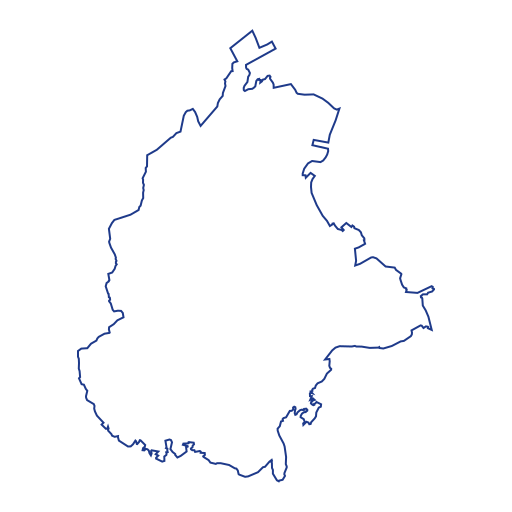 RUS, Salaj, Romania
{"feature_id": "2599482B70770862505186", "entity_name": "RUS", "entity_type": "district", "adm_level": 2, "iso_a3": "ROU", "parent_name": "Romania", "parent_adm1": "Salaj", "projection": "mercator", "projection_center": [23.568, 47.278], "detail": "fine", "context": "isolated", "style": "outline", "palette": "blue", "viewbox_px": 512, "rotation_deg": 0, "n_neighbors": 0, "source": "geoboundaries", "source_scale": "gbopen_adm2", "svg_char_len": 6039}
<svg xmlns="http://www.w3.org/2000/svg" viewBox="0 0 512 512"><path d="M278.8,481.3L279.2,480.6L282.6,479.8L285.0,475.9L284.3,474.2L284.5,472.9L286.7,467.5L286.7,466.4L285.8,464.1L286.1,457.0L284.6,446.5L283.6,443.5L279.3,435.5L277.7,430.7L277.6,428.7L279.8,426.2L281.0,421.5L283.0,420.8L282.6,419.2L283.5,418.1L286.1,417.3L289.8,410.9L291.7,410.8L293.2,409.6L293.1,407.5L294.2,406.7L295.3,407.2L295.6,408.9L295.1,409.9L294.7,413.1L295.3,414.8L296.5,414.3L297.5,412.4L299.9,410.3L301.5,409.7L302.9,410.0L303.5,409.3L304.0,409.8L304.9,408.8L306.3,408.7L307.4,410.0L307.2,410.8L305.6,411.5L305.6,412.1L303.8,412.3L302.0,413.6L300.7,415.9L300.6,417.2L303.7,419.1L304.8,422.1L303.2,423.4L303.4,424.9L306.5,421.8L308.5,422.6L309.3,424.2L310.6,424.0L311.2,422.2L314.7,418.4L316.0,416.3L316.3,412.5L318.8,407.6L320.8,406.7L321.1,404.3L316.5,402.0L315.3,403.5L313.8,404.1L314.1,404.9L313.3,405.2L311.7,404.2L310.9,403.3L311.3,401.7L312.1,401.5L311.9,400.8L314.6,399.9L312.9,398.4L310.3,399.7L311.8,396.1L310.0,396.1L309.9,393.4L310.5,392.7L312.4,393.3L310.8,391.4L312.4,390.9L312.3,389.6L313.0,388.7L315.0,388.0L315.8,385.5L317.6,383.3L321.8,381.5L324.3,378.9L326.9,373.6L331.1,369.8L331.2,368.8L330.0,367.8L329.3,365.8L329.7,361.3L329.4,359.0L325.1,359.5L332.2,350.4L335.5,347.6L339.6,346.2L351.8,346.5L354.9,345.9L356.3,346.5L361.6,346.6L369.7,347.9L378.4,347.6L379.2,347.1L379.5,348.0L383.3,348.5L391.8,346.0L400.7,341.4L403.9,340.9L410.8,336.2L411.8,334.5L412.0,332.7L411.5,330.4L420.6,325.4L421.7,325.7L423.5,328.0L425.9,326.4L427.8,326.7L428.2,327.0L427.9,328.2L431.7,329.9L428.4,316.7L425.7,310.4L422.8,305.6L422.3,298.5L421.9,297.6L421.0,297.4L420.8,296.1L423.0,294.3L427.1,294.3L428.1,292.7L432.1,291.5L434.0,289.4L433.9,288.8L432.5,288.3L432.7,286.8L431.6,286.2L417.5,292.9L406.0,292.0L406.7,289.9L406.2,289.6L406.3,288.4L403.8,287.4L402.1,284.7L400.6,280.2L400.1,278.3L401.4,274.1L401.2,273.7L396.0,269.9L394.7,267.6L385.6,266.5L376.5,258.4L373.0,257.2L371.1,257.5L360.1,263.8L355.2,265.5L356.1,260.8L354.9,248.7L358.7,247.4L365.1,243.8L363.9,240.2L364.4,240.0L364.3,238.3L361.8,235.3L360.9,232.3L358.8,230.0L354.4,228.2L354.1,226.7L352.4,225.5L351.4,227.0L346.3,223.0L341.4,227.3L343.7,230.0L342.7,231.0L341.7,230.0L337.8,229.0L335.0,225.6L333.7,223.3L332.5,223.6L332.4,224.4L329.9,226.0L327.0,220.9L322.7,215.8L316.7,205.1L311.6,192.9L311.0,186.9L311.2,182.4L312.5,179.1L314.8,175.9L310.6,172.9L305.8,177.7L305.5,175.3L302.7,175.2L302.7,173.5L304.2,168.7L308.0,163.4L312.1,161.0L320.5,162.1L323.2,160.5L325.7,157.3L327.2,154.5L328.2,151.1L328.0,148.7L312.4,145.2L313.7,139.9L328.3,142.6L329.8,134.7L335.6,120.4L339.4,108.6L336.8,109.6L334.1,108.4L328.3,102.9L322.5,98.6L313.6,94.4L304.6,94.7L297.8,93.8L296.6,92.8L295.2,89.8L290.9,84.1L273.7,87.8L273.6,84.5L272.9,82.7L270.1,78.8L269.9,77.9L270.5,76.9L269.6,75.6L267.6,75.9L265.0,79.1L262.9,79.6L261.9,81.4L260.3,82.6L260.6,80.0L259.0,79.9L259.1,78.9L257.7,79.2L256.3,81.0L255.3,86.3L254.0,87.6L252.3,88.8L248.3,89.2L244.9,91.0L244.2,90.5L243.8,90.0L243.7,87.9L244.5,85.8L247.4,82.0L248.2,76.7L249.3,75.2L249.9,73.0L248.2,69.6L246.7,68.9L246.1,67.7L246.0,64.9L275.6,48.6L271.9,41.6L267.2,44.5L259.4,47.8L255.7,38.0L252.3,30.7L230.3,48.2L237.3,61.3L233.8,62.4L232.4,63.8L232.2,68.1L232.6,71.1L231.2,71.2L226.3,78.4L224.5,79.5L225.4,81.5L225.0,83.3L225.5,86.0L222.9,93.0L222.7,95.9L219.7,99.3L217.9,103.0L217.3,106.5L200.6,125.9L198.2,121.3L197.2,116.9L195.1,112.0L192.8,108.9L189.7,110.4L187.4,110.7L185.8,112.1L183.8,115.7L180.5,131.6L176.4,133.1L172.9,136.9L170.8,137.7L156.8,149.8L147.2,155.2L147.0,166.4L145.7,168.0L145.9,171.7L142.6,178.3L143.1,179.6L143.0,182.8L143.9,184.9L143.2,188.0L143.7,190.1L143.1,192.7L143.2,198.1L141.9,200.4L140.6,205.7L139.3,207.0L138.6,210.0L130.5,214.7L114.4,219.9L111.9,223.1L108.9,228.8L110.2,238.8L109.1,241.6L109.3,242.8L111.0,247.6L114.8,254.4L115.9,257.7L115.6,258.9L116.5,260.9L115.9,261.8L115.9,263.4L116.7,264.3L115.5,266.0L114.7,268.8L112.2,272.5L108.3,273.9L109.4,280.1L108.8,280.6L108.8,281.4L106.6,283.0L105.7,286.3L108.1,293.6L108.6,293.9L108.9,297.3L109.8,297.6L110.0,298.6L110.1,299.8L109.1,300.6L109.1,301.3L110.8,303.5L112.7,309.8L114.1,311.4L117.9,310.7L121.1,310.9L122.8,313.0L123.5,317.3L117.4,320.3L113.7,324.2L109.1,327.2L108.9,329.4L109.7,332.6L109.4,332.9L104.5,333.7L98.7,336.9L97.3,338.5L96.4,340.6L91.0,343.7L87.3,348.2L81.3,348.6L78.0,351.0L78.0,356.7L78.8,358.8L79.0,363.1L78.8,368.6L79.6,371.1L80.1,377.1L79.0,378.3L81.6,384.2L83.9,384.7L85.8,388.9L87.3,390.8L86.0,396.2L86.1,397.7L87.1,400.1L93.8,404.1L94.5,405.9L94.2,408.6L94.9,411.3L96.9,415.6L103.5,422.7L101.6,424.6L105.9,428.8L107.3,428.6L108.0,426.6L108.6,428.6L108.0,429.8L108.2,430.7L111.4,434.1L112.1,435.7L114.7,436.8L118.0,436.1L117.9,437.0L118.9,440.6L128.0,446.5L130.7,446.4L133.0,444.3L135.4,440.6L136.1,441.3L136.8,444.0L137.2,444.1L139.1,441.9L139.8,440.2L140.5,440.3L145.2,445.0L144.6,447.5L144.2,447.2L143.1,448.1L142.6,450.2L144.3,450.4L144.9,449.8L144.6,448.9L145.3,448.8L147.5,449.3L148.8,450.6L149.5,453.2L150.9,455.4L151.6,453.5L151.1,451.0L151.6,450.3L158.3,451.5L155.7,454.2L158.2,455.6L156.1,457.8L156.1,458.6L162.2,461.6L164.4,460.9L164.3,456.5L166.3,455.0L166.6,453.5L166.2,452.3L167.7,452.0L167.3,450.7L167.4,448.7L166.0,448.1L166.5,447.2L165.4,440.7L169.5,439.5L171.0,440.1L172.0,442.3L170.4,449.1L172.6,452.0L175.2,454.0L175.2,454.9L177.4,457.5L180.7,455.9L186.6,451.5L186.1,447.3L187.7,446.6L187.6,446.1L182.9,444.8L183.4,443.6L187.9,443.4L188.6,443.1L188.5,442.3L188.9,442.1L193.7,442.7L194.0,444.3L192.7,445.6L192.5,447.2L190.9,448.5L191.0,449.3L192.3,450.2L194.4,450.2L195.1,451.9L199.8,451.0L200.7,451.6L200.6,452.8L204.7,453.0L204.9,454.9L203.2,456.3L203.5,456.9L208.6,460.1L210.4,462.6L215.8,463.9L217.1,463.2L220.7,463.2L229.1,465.0L234.8,468.3L236.4,468.6L237.8,470.5L238.6,474.1L239.2,474.6L245.1,476.8L248.1,476.4L258.0,472.2L263.0,467.2L265.0,466.8L269.4,461.7L271.7,459.9L272.0,460.9L271.3,462.1L271.9,462.9L272.0,467.9L272.9,470.0L272.9,473.7L276.9,480.3L278.8,481.3Z" fill="none" stroke="#1e3a8a" stroke-width="2"/></svg>